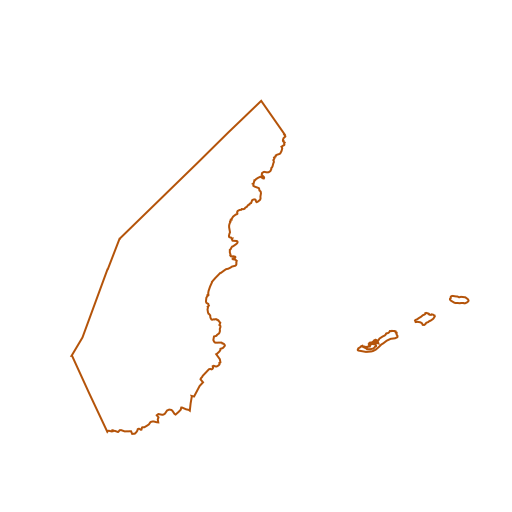 the district of Central Makira, Makira, Solomon Islands, rotated 79°
{"feature_id": "97153195B44789937557003", "entity_name": "Central Makira", "entity_type": "district", "adm_level": 2, "iso_a3": "SLB", "parent_name": "Solomon Islands", "parent_adm1": "Makira", "projection": "equal_earth", "projection_center": [161.859, -10.384], "detail": "fine", "context": "isolated", "style": "outline", "palette": "amber", "viewbox_px": 512, "rotation_deg": 79, "n_neighbors": 0, "source": "geoboundaries", "source_scale": "gbopen_adm2", "svg_char_len": 6109}
<svg xmlns="http://www.w3.org/2000/svg" viewBox="0 0 512 512"><g transform="rotate(79 256 256)"><path d="M213.1,386.7L240.7,404.0L240.7,404.3L302.9,441.9L318.8,456.1L318.9,455.6L358.7,446.0L400.2,435.5L399.4,434.6L399.5,433.7L400.7,431.1L400.7,430.3L399.7,430.3L399.7,429.8L400.5,428.9L400.8,427.8L402.4,425.1L402.4,424.8L401.0,423.0L401.2,421.6L403.1,418.4L404.2,412.1L407.0,411.5L407.3,408.9L406.2,407.2L404.8,405.8L403.4,405.1L403.2,404.0L403.4,403.5L404.6,402.2L404.6,401.6L402.6,400.6L402.5,400.0L402.8,398.3L401.9,395.7L400.9,393.3L399.1,391.5L398.8,390.9L398.7,389.1L398.9,388.0L400.2,385.3L400.7,383.7L397.6,383.6L395.8,382.5L393.4,383.8L392.5,382.0L394.0,378.3L394.0,377.0L393.4,375.5L390.7,372.8L390.2,370.5L391.0,368.4L392.0,367.6L395.5,366.1L396.3,365.2L394.2,361.6L392.5,359.2L390.5,358.3L390.6,357.6L393.2,353.8L394.2,351.4L395.2,350.5L388.2,348.3L381.6,345.8L381.1,345.9L382.1,343.6L372.8,336.1L369.9,332.1L366.5,334.0L365.6,333.5L364.5,332.0L363.4,331.1L358.2,323.8L358.1,322.5L358.8,321.3L358.6,320.4L357.5,319.4L356.6,319.6L355.9,319.5L355.7,318.5L356.9,316.3L356.8,315.1L356.3,313.8L355.7,312.8L355.4,312.5L354.0,312.4L353.8,311.4L353.6,311.2L350.4,311.2L344.8,313.8L344.5,312.9L342.8,310.2L341.6,309.0L340.3,308.6L340.1,306.4L339.7,305.6L338.5,304.1L338.1,303.7L337.4,303.7L336.3,304.2L335.6,305.0L335.5,305.7L334.9,305.9L334.4,306.4L333.3,312.6L332.1,313.5L330.3,313.9L327.0,312.6L326.8,310.2L326.5,309.7L326.1,309.5L324.9,307.0L324.1,306.4L322.7,305.7L320.8,305.5L318.8,304.4L317.5,304.4L316.7,305.1L315.5,304.2L314.6,303.8L313.9,304.4L313.1,304.6L312.5,305.2L311.8,305.3L311.3,306.4L310.6,306.7L310.3,307.7L310.4,308.8L310.1,309.3L310.2,311.3L309.7,311.9L308.6,312.3L307.4,312.5L305.6,312.3L304.0,313.1L303.7,313.6L302.3,313.9L299.3,313.8L297.4,313.0L296.6,313.1L296.5,312.6L295.6,311.7L295.0,312.0L293.9,312.0L292.7,313.5L291.6,313.8L290.7,313.7L287.5,312.7L286.3,311.6L285.6,310.6L285.4,310.8L285.5,311.3L285.0,311.1L285.0,310.1L283.3,310.0L281.2,309.2L277.2,306.9L273.4,304.2L273.0,304.2L269.8,300.1L265.8,294.3L265.9,293.7L263.9,289.5L263.2,287.8L263.2,285.7L262.5,283.2L261.8,281.6L261.6,278.1L261.0,277.2L260.0,276.7L258.9,276.7L258.5,276.4L257.3,276.2L257.1,275.9L255.9,276.8L255.2,278.0L254.9,279.1L254.4,279.5L254.1,279.1L254.4,278.8L254.1,278.3L253.8,276.9L253.3,276.5L252.9,276.5L252.6,276.8L251.9,278.4L251.8,280.2L251.4,280.8L250.8,281.0L250.8,280.8L250.6,280.7L247.5,281.0L244.9,280.5L244.5,279.6L243.0,278.5L242.2,277.6L242.1,276.7L240.6,273.3L239.8,272.0L238.8,271.4L238.0,271.6L237.6,272.1L236.5,276.1L235.0,276.5L234.3,275.9L234.2,276.6L233.3,276.8L232.5,278.5L232.0,278.8L231.0,278.7L229.0,277.8L227.8,277.0L222.6,276.9L220.7,276.5L218.9,275.6L218.0,274.8L217.8,274.7L217.8,275.0L217.3,275.0L215.8,273.8L215.4,273.8L215.3,273.4L215.6,273.3L215.6,273.1L215.3,273.2L212.9,270.9L211.4,267.9L211.4,267.0L211.1,266.3L210.5,266.1L209.4,266.2L208.3,265.4L207.7,263.4L207.8,261.6L207.2,261.0L207.6,259.7L207.5,258.3L206.6,257.4L205.8,255.3L204.7,254.4L204.2,252.6L203.7,252.5L203.2,251.6L203.1,250.7L200.6,249.2L200.4,248.9L200.1,247.7L200.2,246.3L200.8,245.7L202.7,245.5L203.3,245.0L202.8,243.4L201.6,241.3L200.5,240.6L198.4,240.3L195.5,239.2L193.9,239.1L193.2,239.4L192.4,240.1L190.5,240.1L189.9,240.3L187.6,244.1L186.6,245.2L185.8,245.1L184.6,244.6L184.4,245.0L184.1,244.4L181.4,243.1L181.6,242.7L180.5,241.2L179.7,239.2L179.0,236.6L180.0,234.9L180.2,235.3L180.4,235.1L180.8,234.4L181.3,234.1L181.4,233.5L180.8,233.1L179.9,233.2L177.5,234.9L175.8,234.3L175.0,232.5L175.0,231.8L175.9,229.6L176.2,228.2L176.1,227.4L175.4,225.7L173.8,224.5L172.6,224.2L172.0,223.3L171.0,222.6L168.3,221.3L167.3,220.6L166.1,220.4L165.2,220.7L163.8,219.3L162.8,219.5L162.1,217.7L161.1,217.5L160.6,216.0L160.3,213.4L159.9,212.6L158.1,211.1L156.6,210.3L155.2,209.7L153.6,210.1L153.5,209.4L153.0,209.0L152.6,207.4L152.2,206.9L150.9,206.9L150.1,206.2L148.8,207.4L148.5,207.5L148.2,207.2L148.0,207.5L147.4,207.5L145.6,206.5L144.3,204.4L143.7,204.4L142.2,205.1L142.1,204.7L104.7,221.3L129.3,259.4L152.8,294.7L212.8,386.2L213.2,386.4L213.1,386.7ZM371.7,161.0L371.6,159.3L370.8,156.4L368.7,152.7L366.8,149.9L366.0,147.7L364.1,143.9L363.0,139.6L363.3,135.2L362.7,132.8L362.2,132.5L361.2,132.4L359.9,133.0L358.2,132.6L358.0,133.4L357.6,133.6L357.0,133.4L357.1,132.6L356.1,134.2L355.6,136.5L355.4,136.8L355.6,137.3L355.2,138.9L356.2,139.7L356.7,140.7L356.9,141.4L356.8,142.8L357.1,143.2L357.7,143.5L358.6,144.8L359.2,147.1L360.6,150.5L360.9,150.9L361.6,151.3L362.4,152.8L364.3,152.6L363.8,153.4L363.6,154.3L364.4,154.1L364.3,153.6L364.7,153.4L363.6,155.6L363.7,156.3L363.0,156.8L362.8,157.7L362.1,156.4L362.1,154.4L362.3,154.2L362.1,153.9L362.2,153.4L362.6,153.3L362.0,153.2L361.0,154.6L361.4,156.2L362.2,157.0L362.8,158.3L363.0,159.7L362.7,160.4L362.9,161.1L363.3,161.1L363.9,162.1L364.8,161.9L365.1,161.2L365.0,160.9L364.4,160.4L364.5,158.7L365.6,155.8L366.2,155.4L366.6,155.2L367.4,155.4L367.8,156.5L368.7,157.5L369.2,158.7L369.3,161.5L368.7,164.8L367.7,165.5L366.5,167.1L366.8,164.2L366.3,162.7L366.6,161.6L366.2,161.3L366.0,162.2L366.4,164.2L366.2,165.8L365.6,166.8L365.0,169.3L364.8,169.3L364.7,168.5L364.4,168.6L364.7,170.2L365.4,171.0L366.2,173.2L367.4,174.0L367.9,174.0L368.3,173.6L371.0,166.7L371.3,165.1L371.7,161.0ZM355.8,104.1L355.2,102.7L354.7,102.4L354.0,101.4L353.7,99.4L353.1,98.6L352.8,97.6L352.9,97.3L352.8,97.0L351.7,94.5L351.3,93.8L349.4,92.0L348.5,92.1L348.4,92.5L347.5,93.2L346.8,94.7L347.2,95.2L347.2,95.5L346.7,97.0L346.1,97.5L345.9,97.2L345.5,97.5L344.3,99.8L344.4,100.7L345.2,100.9L345.6,101.7L346.0,103.6L347.1,105.5L348.2,108.5L348.8,109.6L349.2,111.5L349.6,112.2L351.3,111.9L351.5,109.8L352.5,107.2L353.8,105.9L355.4,105.5L355.8,104.1ZM342.3,59.7L341.8,57.7L341.0,56.3L340.4,55.9L339.5,56.0L338.8,56.3L336.5,58.4L335.4,61.8L335.2,62.9L335.3,64.5L334.2,66.0L333.8,67.6L332.7,70.6L332.7,71.6L333.0,72.4L333.4,72.7L334.5,72.9L335.0,73.7L335.8,73.9L337.0,73.2L339.7,70.2L340.3,68.9L340.5,67.4L341.3,64.8L341.2,64.2L341.6,62.0L341.8,61.1L342.2,60.7L342.3,59.7ZM363.6,155.0L363.3,154.8L363.0,155.3L363.0,156.2L363.6,155.0Z" fill="none" stroke="#b45309" stroke-width="2"/></g></svg>